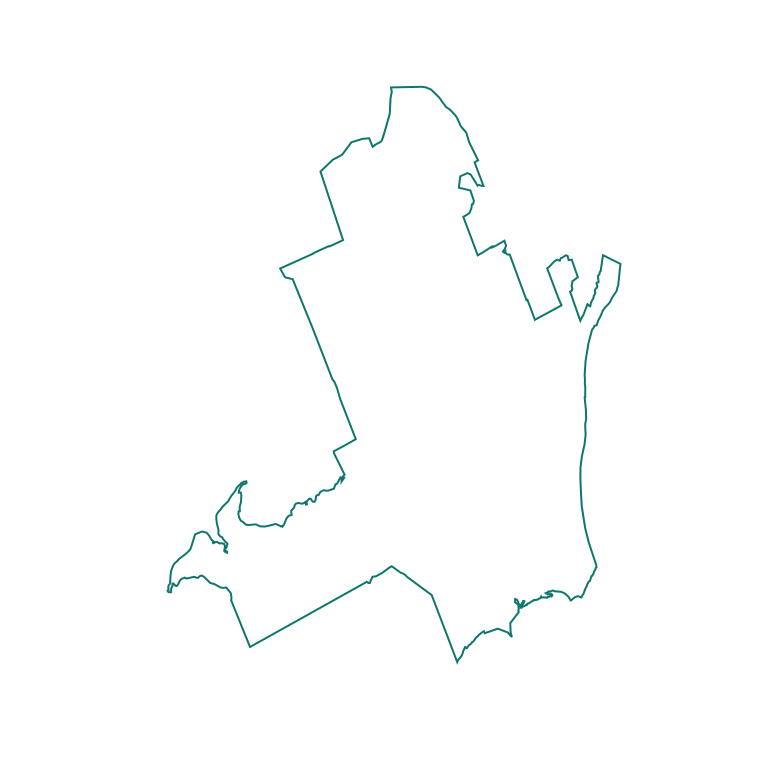 outline of Mērsraga pag., Mersraga, Latvia, rotated 77°
{"feature_id": "27541924B11751458518811", "entity_name": "Mērsraga pag.", "entity_type": "district", "adm_level": 2, "iso_a3": "LVA", "parent_name": "Latvia", "parent_adm1": "Mersraga", "projection": "robinson", "projection_center": [23.056, 57.313], "detail": "fine", "context": "isolated", "style": "outline", "palette": "teal", "viewbox_px": 768, "rotation_deg": 77, "n_neighbors": 0, "source": "geoboundaries", "source_scale": "gbopen_adm2", "svg_char_len": 6164}
<svg xmlns="http://www.w3.org/2000/svg" viewBox="0 0 768 768"><g transform="rotate(77 384 384)"><path d="M671.4,375.2L669.9,374.2L666.8,370.1L664.8,368.4L662.3,367.0L658.5,364.2L659.0,363.5L659.9,363.3L660.1,362.7L657.7,360.2L656.5,357.2L655.6,356.6L654.7,354.5L651.5,351.0L651.1,349.6L650.2,348.6L647.9,344.0L647.4,342.3L649.5,341.9L648.0,328.2L653.9,319.3L659.4,316.3L654.6,316.5L645.5,314.8L636.4,303.9L634.9,304.1L633.6,303.3L631.1,303.1L629.8,302.7L626.8,304.7L626.2,305.4L623.0,304.6L624.2,302.9L627.6,302.0L627.0,302.3L628.4,302.9L628.7,302.1L629.6,302.3L630.7,301.8L630.2,300.9L630.3,300.6L629.3,299.6L629.3,299.0L628.5,298.9L627.7,297.5L626.8,297.2L627.1,296.1L627.5,296.1L628.1,296.9L628.8,297.2L628.5,297.7L629.5,297.9L630.0,298.8L629.8,299.0L630.5,299.1L631.0,300.5L631.5,300.9L632.7,301.1L633.0,300.4L632.4,299.9L631.5,295.1L631.0,294.9L631.2,294.2L630.3,293.5L630.3,291.9L629.0,289.1L629.0,287.9L628.1,286.6L628.7,285.3L628.4,284.7L628.8,283.2L628.0,281.8L628.1,280.5L627.7,280.1L627.7,279.6L626.6,278.8L627.3,278.7L627.7,277.9L627.6,276.8L628.0,276.4L628.0,275.9L628.4,274.9L628.3,274.4L628.9,273.4L628.8,272.6L627.9,272.2L628.0,271.4L628.4,270.9L628.0,270.3L628.2,269.7L627.9,269.1L628.1,268.7L627.6,268.4L628.4,268.2L627.7,267.5L626.9,267.6L625.5,270.1L625.6,270.5L625.4,271.5L625.0,271.8L625.2,272.1L624.9,272.9L624.2,273.4L624.1,271.9L623.8,271.2L623.3,271.0L623.1,270.2L623.8,268.1L623.2,267.0L623.2,265.9L624.5,264.0L626.3,258.2L628.1,255.7L630.0,254.0L632.6,252.2L637.8,250.5L636.9,250.5L634.6,245.7L634.4,242.5L636.4,239.9L635.6,238.8L634.1,237.9L633.5,237.0L628.7,233.8L626.7,232.0L624.8,230.9L622.7,229.0L622.1,227.5L618.0,225.3L617.7,224.8L617.8,224.4L617.2,223.7L615.5,222.3L614.0,221.6L612.3,219.7L611.0,219.2L610.3,218.1L608.7,217.9L584.8,220.1L569.7,220.4L547.3,218.8L530.7,215.9L519.3,213.7L509.5,211.3L498.9,207.4L487.8,202.1L478.6,198.9L470.1,197.4L467.0,196.5L464.8,195.3L463.3,194.8L454.6,193.1L442.9,191.6L442.0,191.4L442.0,190.9L432.0,188.5L429.5,188.4L424.5,187.1L420.5,186.5L406.6,182.3L390.3,175.6L377.6,168.9L377.5,168.3L376.1,166.9L375.1,166.4L374.5,165.0L374.7,164.1L374.6,163.6L370.5,161.1L365.8,157.1L362.2,154.7L359.6,152.0L356.2,146.8L354.6,145.0L350.9,142.0L345.5,136.3L342.0,134.6L340.8,133.7L320.2,126.6L307.8,141.6L323.1,147.7L323.5,148.6L325.6,149.4L326.3,150.7L327.4,151.4L332.7,151.9L333.2,152.3L333.2,153.9L333.6,154.3L336.9,154.1L338.0,154.7L338.1,155.5L339.8,157.3L341.6,157.8L342.3,157.5L343.7,158.2L345.6,160.0L347.1,160.4L351.2,164.0L354.6,165.5L353.9,166.5L352.0,167.8L362.2,174.6L363.0,175.7L366.5,178.5L335.9,181.9L335.2,180.0L333.2,178.9L330.7,179.2L326.2,177.2L323.6,171.1L305.1,173.1L304.8,176.2L300.5,176.3L299.5,177.8L301.0,181.9L301.2,183.5L303.4,185.0L301.8,187.3L302.8,190.4L307.1,196.9L308.0,199.0L339.4,194.8L347.3,193.4L355.4,222.5L334.2,225.3L334.4,226.3L286.1,232.4L285.6,234.7L283.3,236.1L282.3,235.9L283.3,237.1L281.8,238.4L279.5,235.9L276.6,233.9L271.5,234.5L274.5,244.1L275.2,247.6L274.3,247.1L274.2,247.5L277.8,257.4L279.7,263.7L239.0,269.1L237.6,264.7L236.5,262.1L232.0,259.1L228.8,258.0L228.6,256.7L225.8,255.2L214.8,256.3L209.6,266.9L198.8,263.0L197.3,255.3L198.8,253.1L199.7,252.3L211.8,248.2L211.3,247.0L212.8,244.5L213.4,242.5L188.5,245.9L187.2,242.0L167.7,246.6L157.6,247.3L150.0,251.2L141.0,253.0L138.2,254.1L131.7,257.9L128.0,261.3L117.2,265.8L107.7,271.9L104.5,276.3L103.0,280.0L96.6,310.4L101.4,310.8L106.6,313.2L122.0,317.6L142.8,329.1L142.6,329.2L146.0,331.1L146.9,332.2L147.5,333.2L148.9,339.0L149.2,339.0L150.4,341.7L141.3,343.1L140.3,349.4L141.1,361.3L151.2,373.2L153.9,383.3L162.7,398.1L234.6,391.5L237.7,406.2L237.2,406.5L238.4,412.5L240.6,423.2L241.0,423.4L248.1,459.2L257.8,456.4L261.3,449.4L312.8,441.1L367.9,433.2L370.9,431.8L377.2,430.7L388.6,430.1L431.4,423.9L434.5,434.2L438.3,448.1L440.3,448.3L463.5,442.8L465.0,445.0L466.3,443.8L469.5,447.3L466.2,446.4L465.2,447.4L470.6,452.2L470.9,453.9L474.7,456.3L475.3,461.8L475.1,463.9L474.0,466.6L474.0,467.4L474.9,470.3L475.3,470.9L477.0,472.0L477.3,472.6L477.2,474.1L477.9,475.3L481.8,476.9L483.0,477.8L483.1,478.9L482.2,480.2L479.8,481.0L479.2,481.4L479.1,481.9L479.0,482.6L479.4,483.4L481.4,486.1L483.8,486.1L483.9,487.1L481.3,487.2L482.2,489.7L482.1,490.9L480.6,494.4L480.8,496.8L482.1,498.4L483.9,499.1L484.5,499.8L486.4,502.7L487.2,503.1L490.8,503.4L490.9,505.7L491.6,507.6L493.4,509.5L498.9,513.4L500.0,514.9L499.4,515.0L499.5,516.2L500.3,516.0L499.2,516.7L496.0,521.0L496.2,529.1L496.0,532.5L494.8,536.8L492.2,540.1L491.8,541.3L490.9,547.8L490.3,549.5L489.6,550.4L486.7,552.4L485.1,554.2L481.6,555.2L477.9,555.2L475.5,554.3L475.6,553.1L471.3,552.3L466.8,549.9L460.2,548.0L457.6,547.9L457.2,550.0L456.4,549.7L453.9,548.4L451.8,546.5L450.0,543.7L450.0,541.4L449.4,540.1L447.8,540.1L447.7,542.8L448.6,545.8L449.4,546.4L450.2,548.2L451.9,550.7L454.8,553.1L458.6,557.9L463.4,562.5L467.6,569.4L469.3,571.1L471.9,574.8L474.3,576.9L478.1,577.8L482.8,578.2L489.0,578.1L492.9,579.1L495.3,578.1L497.4,575.9L499.0,575.7L500.0,575.0L502.0,574.2L503.9,572.6L504.8,572.6L505.6,573.2L507.5,574.0L509.1,575.9L509.8,576.1L510.5,576.0L512.5,574.5L513.2,574.9L511.2,577.1L510.6,577.2L506.3,575.4L503.9,575.8L502.8,577.5L502.3,580.2L500.3,582.3L500.2,584.7L500.6,585.2L500.7,586.2L500.1,586.5L499.1,585.4L497.1,587.1L492.1,588.6L489.0,590.3L487.0,594.1L486.9,595.3L487.9,601.3L488.2,602.0L500.4,609.1L502.4,611.0L504.5,614.5L508.2,622.7L509.6,624.7L511.9,628.7L513.5,630.3L518.5,633.6L523.8,635.5L529.5,637.0L530.7,637.8L532.0,639.3L533.8,640.0L536.1,640.2L536.2,640.9L536.7,641.4L537.8,641.2L538.3,640.7L539.0,638.8L538.8,638.2L535.7,637.5L533.1,635.5L530.9,634.9L531.0,634.1L533.7,632.5L534.2,631.7L534.2,631.3L533.1,629.9L529.3,626.8L528.2,624.6L528.2,622.9L527.8,621.8L529.1,620.2L529.2,612.3L530.7,610.1L530.9,608.5L529.8,606.7L529.6,604.7L531.6,602.6L538.7,598.1L540.9,594.2L545.6,588.9L546.5,586.6L546.8,583.6L547.2,583.3L553.4,580.3L558.0,580.7L560.3,581.6L610.1,573.7L572.9,445.3L574.5,443.8L574.6,442.4L572.7,441.3L569.2,438.5L569.6,435.2L568.2,430.4L568.1,429.4L563.9,419.6L563.3,417.5L571.6,410.2L573.0,408.1L575.2,406.0L577.5,404.6L600.4,385.0L671.4,375.2Z" fill="none" stroke="#0f766e" stroke-width="2"/></g></svg>